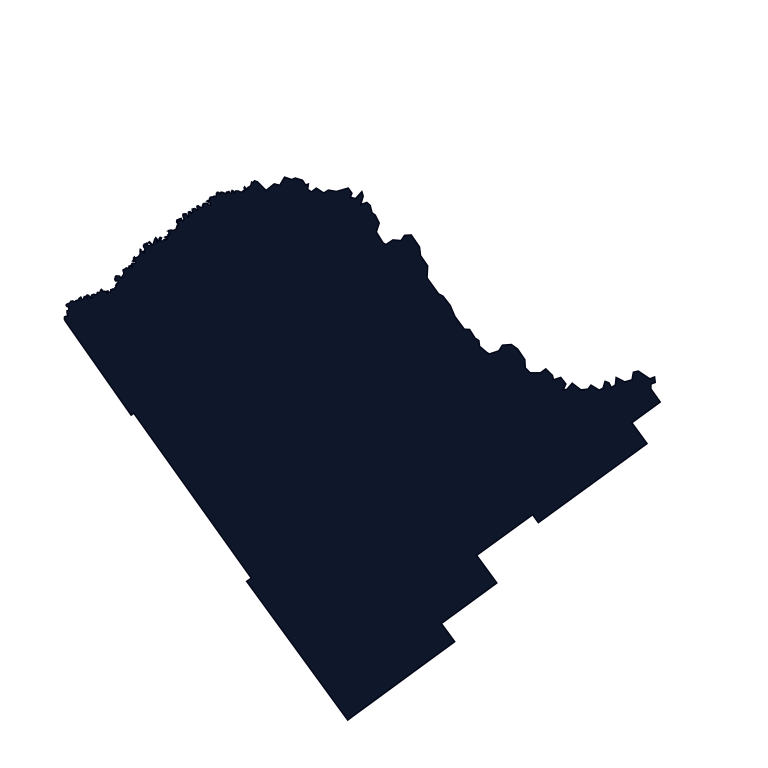 Garfield, Montana, United States of America (Albers equal-area conic projection), rotated 55°
{"feature_id": "52423323B69733440300774", "entity_name": "Garfield", "entity_type": "district", "adm_level": 2, "iso_a3": "USA", "parent_name": "United States of America", "parent_adm1": "Montana", "projection": "albers", "projection_center": [-107.725, 47.414], "detail": "fine", "context": "isolated", "style": "filled", "palette": "ink", "viewbox_px": 768, "rotation_deg": 55, "n_neighbors": 0, "source": "geoboundaries", "source_scale": "gbopen_adm2", "svg_char_len": 5414}
<svg xmlns="http://www.w3.org/2000/svg" viewBox="0 0 768 768"><g transform="rotate(55 384 384)"><path d="M145.6,371.7L144.5,372.7L143.3,373.4L143.5,374.6L144.1,375.0L143.4,376.1L142.6,376.6L143.2,377.2L144.2,378.2L145.2,379.8L145.0,382.7L145.4,384.4L144.0,385.2L142.6,385.1L143.0,386.2L144.7,386.3L145.7,386.5L144.9,387.7L145.2,389.8L145.1,390.9L143.8,391.8L142.2,392.8L140.8,394.8L141.4,395.9L141.6,396.8L139.9,396.6L138.3,397.4L138.9,398.5L139.3,398.2L139.9,399.3L140.1,400.0L138.6,400.9L137.3,400.6L137.0,402.1L137.4,402.1L137.1,403.0L136.6,403.0L136.9,403.8L137.4,404.5L136.1,405.3L134.2,406.4L133.3,407.9L134.0,408.6L133.3,409.6L132.3,409.5L131.3,410.6L131.8,412.0L133.7,413.3L133.6,415.0L132.8,415.3L132.3,417.6L131.3,419.1L132.2,420.8L133.1,420.8L133.4,421.6L132.7,422.8L132.6,424.2L133.4,423.7L133.1,423.0L133.9,422.8L134.2,423.4L135.1,423.3L136.1,422.7L136.7,422.7L137.7,423.1L138.3,423.5L137.6,424.2L136.7,424.8L134.4,425.2L132.6,428.5L133.7,430.3L134.8,430.2L135.4,431.3L134.5,432.1L133.8,433.2L131.4,434.0L131.0,435.2L131.7,435.8L132.7,435.5L134.5,436.5L134.3,437.6L133.0,437.5L131.4,438.8L131.2,439.8L130.7,440.7L131.7,441.5L133.0,441.3L133.6,443.1L133.9,443.9L133.4,444.4L132.8,443.7L133.0,443.3L132.6,443.6L131.5,444.1L130.9,445.5L132.3,446.7L133.6,447.3L135.0,448.0L134.4,448.9L132.8,448.8L131.0,448.6L130.0,450.0L129.5,451.0L130.3,452.0L131.4,452.4L132.5,452.9L133.5,452.8L134.4,453.5L134.7,455.2L133.8,456.0L132.1,455.1L131.5,456.3L131.7,456.8L132.5,457.5L132.9,458.8L132.7,460.0L131.7,459.3L131.2,458.2L130.9,459.7L132.4,461.0L134.1,461.0L134.1,460.6L135.3,460.8L135.9,461.4L135.8,462.3L135.5,462.4L136.3,463.5L137.8,465.3L137.4,468.7L135.8,470.0L135.5,470.8L134.9,471.9L134.8,473.0L134.9,472.9L136.2,473.3L137.7,473.3L139.1,474.8L138.4,474.4L137.7,474.6L137.9,475.7L138.9,475.8L139.2,477.0L138.3,477.8L138.0,479.3L139.3,479.0L139.2,478.0L140.4,478.2L141.0,478.6L140.7,480.2L139.7,480.7L139.6,482.1L139.9,482.6L140.0,483.7L138.8,484.5L137.2,483.5L137.0,482.8L136.7,482.4L135.4,483.2L135.9,484.8L137.3,485.8L137.1,487.6L137.7,488.7L136.4,488.3L136.0,487.2L135.8,486.8L134.6,486.9L133.2,487.0L133.9,488.7L134.8,490.0L136.3,491.8L137.5,493.4L135.7,494.3L134.2,494.2L132.8,494.7L133.1,495.5L133.7,495.4L135.2,494.8L136.3,494.9L136.3,496.4L134.9,497.9L134.2,498.2L133.5,497.9L133.3,496.6L132.4,497.6L132.7,498.7L131.9,500.0L132.3,501.1L132.9,501.9L134.6,502.4L135.2,501.9L136.6,502.6L137.5,504.2L138.1,504.2L139.3,505.5L138.7,505.9L138.5,505.4L137.8,504.9L137.3,505.3L136.8,506.4L135.4,506.7L134.6,506.1L133.9,506.4L134.9,507.4L137.6,509.1L138.6,511.5L138.7,513.6L137.8,515.9L136.8,515.6L137.1,517.0L137.7,517.0L138.2,516.9L138.7,518.2L139.1,519.4L140.1,518.6L139.9,517.4L141.6,517.3L142.3,518.1L142.2,519.3L141.2,520.1L140.7,521.2L141.5,522.7L142.7,522.2L143.8,522.2L144.0,522.7L143.2,523.5L142.2,523.7L141.6,524.2L141.1,525.2L142.1,526.1L142.9,525.8L143.2,526.1L142.4,526.7L141.8,527.9L140.9,528.6L140.6,528.4L141.4,529.2L141.0,531.3L140.8,532.1L141.5,532.8L142.8,533.0L144.7,534.2L145.6,536.3L146.0,537.7L146.4,537.6L146.6,537.6L145.9,538.8L143.9,538.8L141.8,541.3L141.9,542.3L143.7,544.4L145.5,544.9L146.4,543.7L146.7,542.8L147.2,542.3L148.2,543.4L148.5,545.5L149.4,547.1L149.8,546.6L150.7,547.0L150.6,548.1L150.9,549.5L151.8,550.0L151.7,551.0L150.8,551.3L150.4,551.9L150.7,552.3L150.4,553.1L150.0,553.7L151.0,554.4L151.5,555.3L151.7,555.8L150.6,556.9L149.7,557.0L149.4,556.8L149.0,557.7L149.7,558.4L150.6,558.8L149.8,559.2L149.0,558.8L147.6,559.8L147.3,560.8L146.6,561.2L145.7,560.8L145.1,561.4L144.4,561.3L144.6,562.3L145.9,563.9L145.7,565.3L144.7,565.8L144.6,566.3L145.5,567.1L145.8,568.6L143.9,570.5L143.5,572.5L144.4,573.8L145.4,574.0L145.7,573.9L145.2,575.4L144.0,575.2L142.1,575.1L140.9,575.9L140.8,577.1L141.9,577.6L142.8,577.6L143.5,578.0L142.5,578.4L141.3,578.6L140.5,579.4L140.9,579.8L141.2,580.6L142.2,581.1L142.0,582.7L140.6,582.7L138.9,582.5L139.0,584.8L139.9,586.4L139.0,588.6L139.2,589.8L138.8,590.9L137.5,591.2L136.6,593.1L137.5,595.1L136.7,597.7L137.0,599.2L138.7,599.3L140.0,598.3L142.3,599.3L142.7,600.7L142.2,601.7L144.1,602.9L145.8,603.6L146.6,603.4L146.8,604.9L146.1,605.5L145.8,607.2L147.3,608.5L149.6,609.0L264.5,609.0L264.5,605.7L466.9,604.0L466.9,609.7L638.5,606.5L638.3,600.8L635.6,473.9L613.1,474.4L611.7,405.7L577.5,406.4L576.3,337.2L586.1,337.1L583.7,202.7L557.9,203.2L557.2,168.1L541.2,168.2L537.2,165.4L538.3,160.9L533.4,158.3L532.2,163.3L519.2,168.3L517.4,173.0L522.8,178.4L520.3,185.6L511.8,190.1L517.4,194.9L517.4,199.7L512.0,199.1L508.6,201.4L513.0,206.9L512.5,211.2L503.6,215.1L505.2,219.8L501.7,226.1L491.3,229.4L493.3,237.4L491.5,240.4L488.3,235.0L480.0,235.4L477.8,242.7L473.6,241.1L464.4,242.8L464.6,249.4L458.6,257.9L451.8,259.0L444.9,254.7L432.0,254.5L424.7,257.0L420.1,264.7L422.7,270.9L419.8,280.5L416.7,281.8L408.0,284.1L402.9,281.4L398.6,283.1L388.4,282.6L385.2,286.8L369.4,287.2L357.7,284.7L345.8,285.3L341.5,287.6L321.8,287.9L312.4,280.5L299.7,280.4L292.1,276.3L277.5,276.2L274.0,281.9L276.3,287.8L271.1,294.0L270.9,302.4L267.9,303.8L255.1,303.1L249.4,295.6L240.6,294.3L236.9,295.6L229.8,292.9L225.4,293.9L223.7,300.1L218.2,293.3L213.7,291.8L215.8,301.0L211.7,304.4L209.3,300.8L203.0,300.9L199.0,312.5L193.2,318.4L193.0,323.8L184.7,327.1L185.0,333.2L180.8,334.9L176.8,331.2L175.9,334.1L170.3,333.9L164.3,338.6L163.6,342.3L157.5,346.8L161.4,355.4L157.1,359.1L157.8,369.6L145.6,371.7Z" fill="#0f172a" stroke="#020617" stroke-width="1.5"/></g></svg>